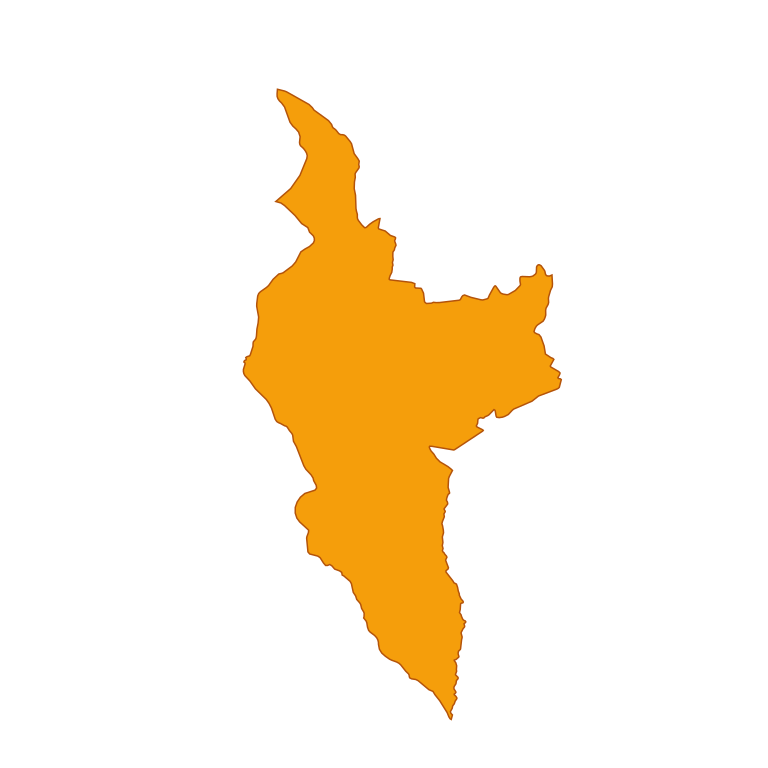 the border of Matabeleland South, rotated 44°
{"feature_id": "ZWE-530", "entity_name": "Matabeleland South", "entity_type": "Province", "adm_level": 1, "iso_a3": "ZWE", "parent_name": "Zimbabwe", "parent_adm1": "", "projection": "orthographic", "projection_center": [29.218, -20.916], "detail": "fine", "context": "isolated", "style": "filled", "palette": "amber", "viewbox_px": 768, "rotation_deg": 44, "n_neighbors": 0, "source": "natural_earth", "source_scale": "10m", "svg_char_len": 6170}
<svg xmlns="http://www.w3.org/2000/svg" viewBox="0 0 768 768"><g transform="rotate(44 384 384)"><path d="M139.2,261.8L134.6,261.0L120.0,253.8L115.2,253.0L112.2,253.0L109.6,252.5L107.4,251.4L105.4,249.4L102.6,246.0L109.0,242.3L111.0,241.5L135.9,235.0L140.5,235.0L143.4,235.6L161.2,233.1L166.0,233.7L168.2,234.8L169.7,235.1L171.1,234.8L173.1,234.7L177.5,235.3L179.5,234.8L181.2,233.3L182.4,232.6L183.3,232.4L184.3,232.3L191.2,233.1L193.7,233.7L202.5,239.0L208.7,240.1L211.4,240.9L213.4,243.7L215.1,244.8L215.9,245.9L216.8,251.7L217.3,253.0L219.8,255.3L222.4,259.2L226.9,264.2L232.4,268.0L241.9,277.2L244.1,278.8L247.0,280.5L249.1,282.7L250.5,283.7L252.3,284.2L257.5,285.0L261.5,285.0L262.2,284.3L262.5,283.0L262.7,279.1L263.5,274.8L265.2,269.3L265.7,268.3L266.2,267.8L271.4,275.6L272.2,276.0L272.7,276.0L278.6,273.1L285.3,272.7L289.6,270.8L290.6,270.7L291.3,271.5L292.1,273.5L292.6,273.9L295.1,275.1L296.3,275.9L297.2,278.6L298.3,280.3L298.7,282.6L299.0,283.2L301.7,286.1L304.3,288.3L305.6,290.7L307.9,292.3L308.7,294.2L310.1,295.6L312.0,298.3L313.1,301.8L314.4,304.4L315.1,305.1L316.0,304.9L333.2,291.8L336.5,290.4L338.7,293.0L340.0,293.0L344.1,289.5L345.2,289.6L349.3,291.2L355.9,296.6L356.9,296.8L358.6,296.6L362.0,292.9L362.8,290.9L364.9,289.3L367.3,286.9L379.8,271.6L380.2,270.8L380.2,270.0L379.4,267.3L379.3,265.7L380.1,264.0L386.3,261.3L395.2,256.1L396.7,254.9L398.9,251.3L399.3,250.0L398.0,246.6L395.7,238.1L395.6,236.5L396.0,236.0L396.7,236.0L404.4,237.5L405.8,237.2L407.5,236.4L410.5,234.3L411.3,233.2L413.5,225.5L413.5,218.6L413.1,217.6L410.4,215.6L408.7,213.9L408.1,213.1L407.8,212.1L408.7,210.7L414.3,205.7L415.4,204.2L416.1,203.0L416.6,199.8L416.4,198.7L415.9,197.7L412.5,193.9L412.1,192.9L412.1,191.4L412.5,190.7L413.2,190.2L414.9,189.8L419.9,190.7L421.3,191.1L424.0,192.9L425.1,193.1L426.1,193.0L427.4,192.0L428.1,191.3L429.1,188.9L435.7,195.0L437.5,197.2L438.7,200.9L441.8,206.8L442.8,208.2L445.8,211.0L446.8,212.8L447.9,216.9L449.0,218.6L452.5,222.1L453.3,223.6L454.3,225.9L454.8,228.3L453.4,234.9L453.4,236.6L454.1,239.4L455.5,242.1L456.8,242.4L459.0,241.8L461.2,240.8L464.3,241.2L472.7,245.4L479.3,250.3L485.7,249.1L487.7,248.3L489.1,248.3L491.1,255.6L492.1,255.9L501.1,253.7L503.0,253.8L503.8,255.3L504.7,258.7L505.6,258.9L507.4,257.7L508.5,257.7L512.4,264.6L512.4,265.9L512.0,267.3L503.5,285.3L502.4,293.5L494.7,312.0L494.5,314.0L494.6,319.6L493.3,323.5L492.3,325.5L490.2,328.2L488.2,329.6L486.9,329.2L482.7,326.1L481.8,325.8L480.9,326.0L480.9,333.1L480.6,334.6L479.4,337.5L479.4,339.2L478.6,340.1L476.9,341.0L476.3,342.4L476.0,343.6L476.2,344.3L478.6,347.2L479.5,349.9L480.2,350.3L481.4,350.1L486.8,348.4L487.6,348.4L487.7,349.3L480.4,382.3L479.9,383.1L461.8,395.5L460.1,397.0L460.2,397.6L460.5,398.0L461.9,398.7L464.4,399.5L468.5,399.8L473.2,401.0L478.4,401.1L487.3,399.0L491.2,398.6L493.3,398.6L495.2,405.1L496.1,407.1L501.9,413.8L506.5,416.5L507.0,417.0L507.1,417.4L506.9,417.6L506.8,418.4L507.1,419.6L508.4,422.5L509.7,424.3L511.5,424.8L512.7,425.6L513.2,426.2L513.9,431.9L514.2,432.3L516.4,433.0L516.8,433.5L517.3,435.8L519.6,437.6L521.5,442.2L522.7,444.3L524.6,445.3L528.2,447.9L530.2,449.7L532.2,453.5L536.5,457.1L538.2,459.8L540.7,461.3L541.8,463.3L542.8,463.8L544.3,463.7L546.0,464.2L548.5,464.4L549.6,464.9L550.5,467.6L551.0,468.1L558.0,471.4L558.6,472.6L558.3,475.2L559.2,476.2L570.3,477.8L572.4,478.4L575.1,477.6L578.1,479.1L581.2,481.3L583.9,482.6L584.9,483.6L588.8,485.1L591.4,485.3L592.4,485.7L592.7,486.2L592.7,486.8L591.9,487.8L591.8,488.9L595.5,493.3L597.1,496.0L599.8,496.5L601.3,497.4L604.3,498.6L605.7,498.5L607.0,498.0L607.8,498.1L608.2,498.5L608.3,499.3L608.1,500.9L610.3,502.2L610.7,502.9L610.9,505.2L612.1,509.1L612.6,509.7L615.8,511.6L616.5,512.4L617.4,514.0L623.1,521.4L623.3,522.0L623.2,524.4L624.1,525.9L624.9,526.7L627.2,528.0L627.5,528.6L627.2,532.0L626.3,533.8L626.7,534.2L629.2,534.6L632.0,536.2L634.4,539.1L635.8,540.2L637.0,543.0L637.5,543.5L641.0,543.6L641.6,544.0L642.0,544.7L642.1,547.0L644.0,549.7L644.5,552.3L644.9,553.5L646.1,554.7L649.4,555.5L650.0,556.0L650.1,556.8L649.9,558.3L650.4,558.7L652.7,558.7L654.5,559.2L655.0,559.8L655.5,562.7L656.7,565.2L657.0,567.8L658.4,570.0L659.3,573.5L660.8,574.4L663.1,574.5L665.4,578.6L664.2,578.9L662.0,578.4L657.7,576.5L644.0,573.1L636.5,572.1L632.8,571.1L628.7,572.7L614.6,573.7L612.1,574.5L608.7,576.9L606.8,577.5L605.9,577.2L604.0,575.8L602.9,575.5L599.2,575.5L591.1,574.4L588.7,574.5L586.2,575.2L581.5,577.3L579.1,578.1L574.0,578.9L569.3,579.1L565.0,578.0L561.0,575.2L559.3,573.6L557.4,572.4L555.0,571.6L551.9,571.4L546.3,572.1L544.1,571.9L541.1,570.4L537.5,567.7L535.7,566.9L531.9,566.4L531.4,565.4L529.1,562.8L527.8,562.1L523.8,561.0L520.4,558.8L518.6,558.3L514.0,557.9L510.9,556.2L506.6,555.2L499.3,550.3L496.7,549.5L488.2,550.0L486.7,550.5L484.4,548.9L481.8,549.3L477.1,551.4L472.9,551.0L470.4,551.5L469.4,553.8L468.0,555.1L464.9,554.8L458.6,553.3L455.9,553.8L448.6,557.9L445.9,557.6L435.4,548.6L434.6,547.4L432.9,543.5L431.7,541.9L431.1,541.5L419.1,541.8L414.5,541.0L409.8,538.5L405.9,534.4L403.5,529.2L402.5,523.5L403.1,517.7L408.1,508.3L407.8,505.7L405.7,504.0L400.6,502.4L398.3,500.9L394.7,500.0L387.0,499.6L383.1,498.5L364.5,489.9L358.7,488.1L353.8,484.2L352.0,483.6L348.3,483.2L344.2,482.2L342.8,482.4L341.5,483.1L337.0,484.3L335.0,485.1L332.9,485.5L330.2,484.9L319.8,479.5L314.8,477.8L310.1,476.9L294.9,476.8L285.4,475.0L278.1,474.6L276.0,473.9L274.2,472.7L272.7,471.1L270.1,466.0L269.2,465.4L267.9,465.5L267.4,464.1L268.0,462.4L267.5,461.6L266.2,461.0L266.4,459.7L267.8,457.0L267.4,455.6L263.6,447.9L261.5,445.6L260.7,444.4L260.5,441.2L260.2,440.1L259.0,438.2L254.4,432.7L251.1,427.6L247.3,422.9L238.4,416.5L236.5,414.4L232.0,408.4L231.0,405.9L231.0,403.5L232.4,396.2L232.6,393.4L231.5,385.7L231.9,378.0L233.5,375.5L234.2,374.0L236.0,362.9L235.7,357.5L232.4,346.7L233.4,341.8L234.9,336.9L235.2,331.6L234.3,329.2L232.4,327.4L230.1,326.5L225.0,326.5L220.5,324.4L213.3,325.8L203.0,324.6L188.6,324.7L184.1,325.4L179.4,327.9L181.1,308.2L178.6,292.3L171.9,275.5L170.2,273.1L167.9,271.7L165.2,270.9L162.5,270.5L158.4,270.6L156.8,270.0L155.4,268.9L151.9,264.4L147.6,262.1L143.5,261.7L139.2,261.8Z" fill="#f59e0b" stroke="#b45309" stroke-width="1.5"/></g></svg>